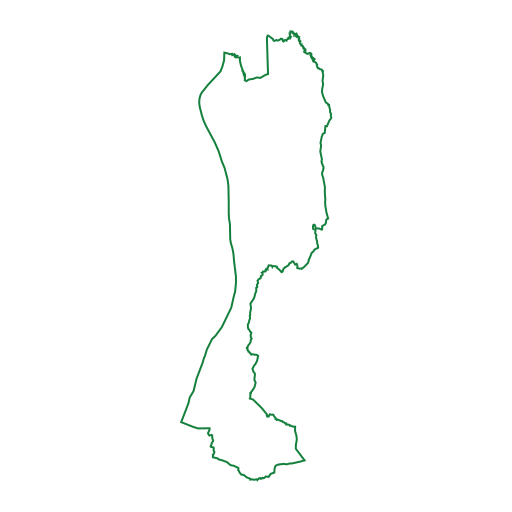 outline of That Phanom, Nakhon Phanom, Thailand, rotated 179°
{"feature_id": "78962969B35250175896926", "entity_name": "That Phanom", "entity_type": "district", "adm_level": 2, "iso_a3": "THA", "parent_name": "Thailand", "parent_adm1": "Nakhon Phanom", "projection": "natural_earth1", "projection_center": [104.685, 16.983], "detail": "fine", "context": "isolated", "style": "outline", "palette": "green", "viewbox_px": 512, "rotation_deg": 179, "n_neighbors": 0, "source": "geoboundaries", "source_scale": "gbopen_adm2", "svg_char_len": 6058}
<svg xmlns="http://www.w3.org/2000/svg" viewBox="0 0 512 512"><g transform="rotate(179 256 256)"><path d="M209.1,474.1L210.3,474.3L210.3,474.7L210.0,474.7L210.3,475.1L211.6,474.5L211.7,474.8L210.9,475.2L211.1,475.5L212.0,475.5L211.1,476.0L211.6,477.4L212.3,476.7L212.6,477.4L213.4,477.7L214.2,476.9L215.1,478.9L215.4,478.9L215.4,478.4L215.6,478.6L215.4,479.6L216.7,480.0L217.7,479.9L217.9,477.9L218.5,477.9L218.3,476.2L217.6,475.0L217.9,474.2L217.5,474.2L217.6,473.9L218.3,474.0L218.4,473.3L219.0,473.8L219.2,473.3L218.9,473.0L219.1,472.9L219.7,472.8L219.6,473.4L219.9,473.5L220.4,472.2L221.6,471.8L221.8,470.8L223.2,471.4L223.8,471.2L224.7,470.0L225.3,470.4L225.9,472.5L226.9,472.8L227.5,472.8L227.9,472.1L230.4,471.0L232.0,471.6L233.4,470.8L234.7,471.0L235.3,472.6L239.8,476.1L240.5,476.2L241.3,474.1L240.8,437.7L243.4,436.9L248.5,434.0L252.2,434.5L255.6,433.2L260.1,432.6L262.5,431.0L264.1,431.9L263.9,432.6L264.2,434.5L263.8,435.3L264.2,435.6L263.7,437.3L264.1,438.2L264.9,437.7L264.8,439.0L265.4,439.0L265.6,439.4L265.4,440.9L266.5,441.5L266.2,442.5L267.7,446.6L268.7,451.5L268.6,454.8L269.5,454.6L270.4,455.0L272.6,455.0L272.6,455.8L271.9,456.4L273.0,456.4L273.1,456.9L273.9,456.2L274.3,458.1L275.9,457.4L275.9,457.9L276.4,457.9L276.4,458.5L278.9,458.2L279.8,458.8L284.1,459.9L284.5,452.1L286.3,446.1L288.3,441.2L301.1,427.9L307.0,420.8L308.5,418.5L309.8,414.2L310.1,409.8L309.6,405.7L307.5,397.0L305.8,391.6L303.5,386.4L295.2,370.2L291.5,361.3L288.4,350.9L285.9,344.7L283.1,333.1L282.4,326.9L282.3,311.3L282.5,299.6L282.4,294.6L281.5,288.2L281.5,273.4L281.0,269.8L279.3,263.4L278.5,258.3L278.0,250.9L276.4,235.6L276.5,229.6L277.6,219.9L278.2,218.7L281.7,204.6L291.4,185.5L298.0,176.8L301.4,173.7L306.8,163.3L308.8,156.9L309.7,155.2L311.2,150.3L317.6,134.3L320.8,122.0L324.7,115.8L326.2,109.7L333.7,91.2L321.7,86.2L316.9,84.6L305.5,84.6L305.5,82.9L307.0,80.0L306.9,78.9L305.7,77.3L303.7,77.9L302.9,77.4L302.9,74.4L302.1,72.4L302.2,71.6L303.6,69.6L303.8,68.3L304.7,66.6L304.5,66.0L301.9,65.4L301.5,64.6L301.9,62.6L301.0,60.8L301.7,58.8L302.7,58.0L302.4,56.9L302.6,55.5L297.6,54.2L296.9,53.2L293.3,52.3L288.6,50.4L285.1,47.3L281.7,46.6L277.3,44.3L277.5,42.2L277.2,42.0L276.1,39.7L274.4,37.6L272.4,37.5L269.1,34.8L265.7,33.4L265.6,32.5L264.4,32.8L261.6,32.3L259.4,32.7L258.6,32.0L258.4,32.6L257.2,33.1L256.9,33.6L255.3,33.9L255.1,33.2L254.5,33.2L253.0,34.1L252.5,33.7L251.7,33.9L250.1,35.3L248.4,35.2L247.9,34.9L246.8,35.2L246.5,36.2L245.9,36.5L245.2,37.9L241.5,39.1L241.2,42.7L240.4,45.3L239.8,46.1L237.8,47.0L236.7,47.0L235.6,47.5L234.6,47.2L232.7,47.7L228.8,47.2L225.6,48.0L223.9,47.9L215.2,49.7L211.0,50.8L219.5,62.5L219.5,66.1L218.4,71.7L218.7,75.5L220.0,80.4L219.9,84.7L221.9,84.7L224.0,85.7L225.1,85.7L225.3,86.4L226.7,86.9L228.7,86.9L228.7,88.1L229.6,88.1L230.6,89.0L232.2,89.6L232.5,90.4L234.0,90.7L237.4,92.2L238.2,91.8L238.6,92.5L239.3,92.6L239.3,93.8L240.1,94.5L241.6,97.1L243.4,97.0L245.0,97.5L246.1,95.4L246.6,95.6L246.8,95.2L247.5,95.2L248.0,96.2L247.8,97.1L248.1,97.8L252.9,103.8L261.4,112.5L264.6,113.6L264.1,115.4L264.1,118.9L263.5,118.9L262.9,120.8L262.3,121.1L260.1,124.4L259.6,125.5L258.6,129.4L259.8,132.3L259.1,137.9L259.7,139.4L260.5,140.2L261.5,143.4L259.8,146.4L258.1,148.5L256.7,151.4L255.6,156.1L257.3,157.3L258.9,157.3L260.8,157.8L262.5,157.5L262.9,158.6L263.8,159.1L264.2,160.0L265.3,160.5L265.3,161.4L266.2,162.2L266.1,163.4L266.8,164.1L266.6,164.7L266.0,165.0L265.2,166.9L263.9,168.4L262.8,170.5L262.7,172.2L261.8,173.5L262.5,174.5L262.8,176.6L262.0,179.5L263.3,180.6L263.8,182.0L265.1,183.6L265.4,186.5L265.3,187.8L264.6,188.8L263.6,192.5L263.0,193.7L263.3,196.4L262.9,197.0L262.8,200.0L262.1,202.4L261.9,204.5L262.4,208.5L258.8,213.7L257.9,216.3L257.8,217.5L256.3,221.0L256.4,224.1L255.6,224.6L255.2,225.3L255.6,226.1L255.4,227.5L254.3,229.0L254.9,231.3L253.3,233.0L251.7,233.7L251.5,235.8L250.2,236.5L249.7,237.2L249.7,238.1L250.4,239.2L249.8,239.4L249.2,240.4L248.3,240.1L247.6,240.6L246.7,240.5L246.4,241.2L246.6,242.2L246.2,242.7L244.6,242.3L244.8,243.9L244.4,244.2L243.5,246.4L240.6,246.2L239.9,244.9L239.7,245.4L238.5,245.6L236.8,245.5L235.3,244.8L235.5,244.1L232.8,241.8L230.7,239.4L229.7,240.0L229.8,240.6L229.3,240.9L228.7,242.8L227.5,243.9L224.1,245.9L223.2,246.9L222.6,248.3L221.1,248.7L220.0,250.0L218.8,249.9L217.0,246.7L215.4,247.4L214.7,245.1L215.0,243.3L212.8,242.6L210.8,242.8L210.5,242.4L208.1,244.2L204.2,248.1L203.4,250.1L203.4,251.6L202.7,252.3L200.2,258.2L198.7,259.4L197.5,261.3L195.1,262.6L194.1,262.8L193.7,263.3L193.9,265.5L194.5,267.0L194.7,269.8L195.7,273.1L195.3,276.0L196.4,277.5L196.1,280.4L196.7,281.3L198.4,282.1L198.6,284.2L198.2,285.9L197.6,286.3L196.9,286.2L195.6,282.9L195.1,282.4L192.8,282.5L189.8,281.2L189.3,281.7L189.4,284.1L189.2,284.9L186.4,286.3L185.6,287.7L185.1,290.8L184.6,291.6L183.2,292.2L184.9,298.7L185.8,305.0L186.0,308.7L185.7,310.7L186.1,318.6L185.9,323.6L187.3,332.2L188.5,336.6L188.3,338.7L187.4,340.4L187.2,342.2L186.9,342.5L186.9,343.9L187.6,344.8L187.8,346.2L188.5,347.3L188.5,348.7L188.9,349.2L188.4,351.4L189.9,359.4L189.0,365.1L189.5,368.1L188.2,374.0L187.0,377.0L185.1,377.9L184.3,384.7L182.8,384.5L180.6,389.5L178.7,392.3L178.3,393.2L178.8,395.4L178.5,396.8L179.5,398.8L179.3,400.8L180.1,403.5L180.3,405.8L181.2,405.8L181.4,406.8L183.5,408.4L186.0,414.4L187.1,418.3L187.0,421.4L185.9,426.4L186.4,430.2L185.6,435.5L186.1,438.7L185.8,439.6L186.6,440.0L186.5,440.5L187.0,441.2L189.1,441.8L190.2,442.8L190.9,442.8L191.9,445.3L191.5,446.4L192.1,446.9L192.4,448.0L193.9,449.0L194.4,449.8L194.8,449.3L195.4,449.6L195.5,450.2L194.8,451.1L195.3,451.4L195.1,452.1L194.5,452.2L195.4,453.0L195.4,452.5L196.1,451.8L196.6,452.6L196.8,454.2L197.5,454.1L197.7,455.1L197.2,456.0L198.0,456.2L197.4,457.5L198.9,458.2L201.0,457.1L204.3,459.2L204.4,459.5L203.7,460.5L203.0,460.4L202.9,461.6L203.2,461.9L203.6,461.6L204.5,462.3L204.5,463.2L205.1,463.1L205.4,465.0L206.9,465.5L206.7,466.7L207.4,466.6L208.3,467.8L208.4,468.2L207.8,469.9L208.2,470.2L208.7,469.7L209.4,470.7L209.5,472.3L209.0,472.5L209.4,473.1L209.1,474.1Z" fill="none" stroke="#15803d" stroke-width="2"/></g></svg>